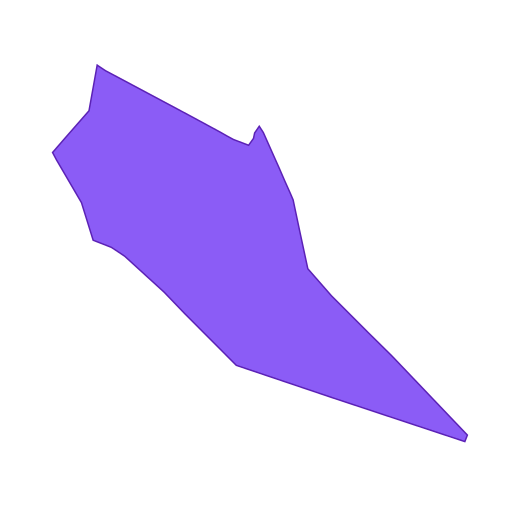 Retirolândia, Bahia, Brazil, rotated 84°
{"feature_id": "56859067B68715919074839", "entity_name": "Retirolândia", "entity_type": "district", "adm_level": 2, "iso_a3": "BRA", "parent_name": "Brazil", "parent_adm1": "Bahia", "projection": "orthographic", "projection_center": [-39.434, -11.487], "detail": "fine", "context": "isolated", "style": "filled", "palette": "violet", "viewbox_px": 512, "rotation_deg": 84, "n_neighbors": 0, "source": "geoboundaries", "source_scale": "gbopen_adm2", "svg_char_len": 667}
<svg xmlns="http://www.w3.org/2000/svg" viewBox="0 0 512 512"><g transform="rotate(84 256 256)"><path d="M462.4,67.7L456.2,64.5L369.6,131.3L343.8,152.5L303.5,185.1L274.1,205.8L237.0,209.8L212.1,212.4L204.1,213.2L197.3,215.3L184.5,219.5L170.5,223.9L163.8,226.1L134.0,235.8L127.3,239.2L133.5,244.5L138.8,246.2L145.1,251.8L137.8,266.2L133.2,272.9L129.3,278.3L114.5,299.9L111.4,304.4L59.3,381.4L56.0,386.3L49.6,394.0L94.1,406.9L118.8,433.6L131.8,447.5L139.5,444.4L184.7,424.0L223.3,416.3L226.7,409.7L232.3,398.9L242.5,386.6L265.0,366.6L282.3,351.2L306.0,332.8L362.7,287.0L404.9,194.9L428.1,143.6L462.4,67.7Z" fill="#8b5cf6" stroke="#5b21b6" stroke-width="1.5"/></g></svg>